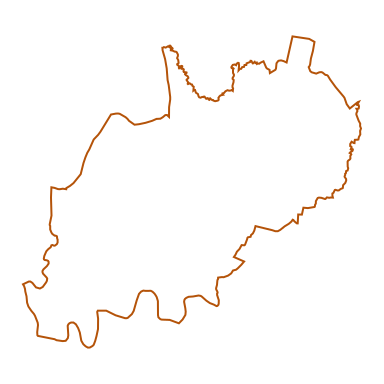 Ba Ria, Bà Rịa - Vũng Tàu, Vietnam (Robinson projection)
{"feature_id": "81297802B66449035371360", "entity_name": "Ba Ria", "entity_type": "district", "adm_level": 2, "iso_a3": "VNM", "parent_name": "Vietnam", "parent_adm1": "Bà Rịa - Vũng Tàu", "projection": "robinson", "projection_center": [107.192, 10.508], "detail": "fine", "context": "isolated", "style": "outline", "palette": "amber", "viewbox_px": 384, "rotation_deg": 0, "n_neighbors": 0, "source": "geoboundaries", "source_scale": "gbopen_adm2", "svg_char_len": 5837}
<svg xmlns="http://www.w3.org/2000/svg" viewBox="0 0 384 384"><path d="M358.9,101.7L357.8,102.1L349.8,108.5L346.7,104.2L344.5,97.9L343.6,96.6L335.7,87.2L330.1,79.5L327.8,75.7L326.9,75.1L325.4,74.9L322.5,72.5L321.2,72.1L319.3,72.3L316.2,73.6L311.7,72.3L310.3,71.2L308.7,67.1L309.5,66.1L310.1,64.5L310.9,58.6L312.9,51.0L314.5,41.9L309.2,38.9L292.5,36.4L286.6,62.5L283.6,61.1L281.1,60.4L278.8,60.7L278.1,61.1L276.5,63.3L276.0,68.5L275.4,69.8L269.9,73.1L269.5,69.8L267.1,68.6L266.2,67.6L263.5,61.3L260.5,62.7L259.2,63.7L257.6,63.5L256.9,64.0L256.7,63.7L257.0,63.2L256.8,62.5L255.4,63.0L254.7,61.8L253.0,63.4L252.7,63.4L251.4,60.9L250.5,60.8L250.1,62.0L246.6,63.3L246.3,65.0L244.5,65.0L244.0,66.9L242.2,67.1L241.2,68.8L240.0,68.8L238.6,70.4L239.1,65.4L238.7,63.0L238.0,62.8L237.4,63.4L236.7,63.6L236.1,65.2L234.6,64.5L232.8,64.9L231.5,66.8L231.4,67.6L231.7,68.1L233.1,68.1L233.6,68.6L233.0,69.6L233.0,72.4L233.2,73.5L233.9,74.4L233.9,75.8L232.6,78.0L232.6,78.9L233.7,80.0L233.5,82.2L232.5,85.6L232.5,87.3L233.1,88.3L232.8,90.9L231.7,90.0L230.8,90.5L229.1,90.7L227.5,90.2L225.4,91.3L224.0,93.0L222.4,93.4L222.3,94.0L223.1,94.8L220.5,95.4L219.4,96.4L218.4,97.9L218.7,99.2L218.5,100.1L217.8,100.6L215.1,101.2L213.2,100.5L213.0,100.0L211.9,99.9L211.3,99.4L210.6,99.3L210.6,98.8L210.1,98.3L209.6,98.6L209.2,99.8L208.7,99.6L207.7,98.1L207.2,98.2L206.5,98.8L206.0,98.7L204.5,96.6L203.8,96.6L203.3,97.1L202.2,96.9L200.6,97.7L199.2,97.3L198.6,96.4L197.9,94.0L195.9,92.7L195.0,89.9L194.4,89.8L193.4,90.6L193.7,86.7L192.4,85.8L192.1,84.6L191.3,84.5L189.7,83.3L188.0,84.1L187.7,83.8L188.1,82.2L186.6,80.1L186.6,79.7L188.3,78.1L188.3,77.3L187.6,76.2L185.8,75.1L185.0,74.2L185.2,73.5L186.4,73.1L186.6,72.8L186.5,72.4L183.8,72.0L183.5,71.3L183.8,69.4L183.1,68.8L181.6,68.8L181.5,68.1L182.3,66.6L182.2,66.1L181.3,65.9L180.9,66.1L179.6,68.2L179.1,68.4L178.9,68.1L178.9,66.0L177.2,64.7L177.2,64.1L178.4,63.3L178.6,62.9L178.2,60.0L177.1,58.1L177.9,56.0L177.9,54.5L176.7,52.2L175.9,51.7L174.6,51.6L172.8,50.7L170.8,50.3L170.9,49.5L172.4,48.9L172.6,48.4L172.1,47.8L170.7,47.8L170.5,47.2L170.9,46.4L170.1,45.6L169.5,45.7L169.3,47.1L168.0,46.3L165.7,47.6L163.9,47.1L162.9,47.8L162.4,47.8L162.6,50.3L165.1,59.1L166.7,68.4L167.6,80.1L168.7,85.1L170.2,97.0L170.2,99.5L169.1,107.1L169.0,116.9L167.0,115.0L165.3,115.1L162.8,117.2L160.4,118.7L156.5,118.9L152.2,120.8L145.6,122.8L139.0,124.2L134.5,124.7L129.0,120.8L127.5,118.9L125.6,117.2L119.7,113.8L118.0,113.5L115.9,113.6L111.0,114.5L100.4,131.8L98.1,134.9L93.7,139.5L89.3,149.4L87.3,152.8L85.4,157.4L83.5,163.0L80.7,174.2L73.5,183.1L70.0,185.9L66.3,188.1L66.2,189.2L62.8,188.7L59.8,189.2L58.0,189.1L54.6,187.9L51.4,187.3L51.0,197.5L51.5,215.6L49.7,224.4L49.8,225.3L50.2,225.9L50.2,229.5L51.4,232.5L52.3,233.9L54.7,235.7L55.8,235.7L56.9,236.3L57.2,238.7L57.6,239.5L57.6,242.5L56.8,244.2L54.9,245.6L54.1,245.7L52.4,245.0L51.4,245.3L50.7,247.2L48.2,249.2L46.3,251.3L44.3,256.0L43.8,258.6L44.0,259.4L44.8,260.0L46.8,260.3L48.1,260.9L48.6,261.8L48.6,263.6L47.0,266.0L43.4,269.4L42.5,271.0L42.5,272.1L43.0,273.6L46.7,277.6L47.2,278.6L46.9,280.8L46.1,282.4L42.7,287.0L39.9,288.5L36.0,287.4L32.4,282.9L30.3,281.5L28.9,281.5L23.0,284.3L24.1,286.1L25.0,288.9L25.3,291.5L26.5,296.3L27.1,302.7L28.4,306.5L31.3,310.8L33.9,313.9L35.0,315.8L37.7,322.7L38.0,325.1L37.2,332.2L37.4,335.3L37.9,335.9L54.6,339.2L56.5,340.2L62.7,341.1L65.7,340.8L67.8,338.2L68.3,335.4L67.7,325.8L68.3,324.4L69.5,323.2L71.2,322.5L73.4,322.5L75.9,324.3L78.1,328.0L79.8,332.5L81.3,340.7L83.3,344.2L85.6,346.3L87.9,347.6L89.9,347.5L92.5,346.0L93.7,344.8L95.2,340.9L96.5,336.1L98.0,329.1L98.1,318.6L97.2,311.9L97.8,310.7L106.3,310.7L115.6,315.3L125.1,318.2L126.6,318.2L127.7,317.9L131.9,314.1L133.7,310.9L136.7,300.4L139.0,293.9L141.1,291.6L143.3,290.6L145.7,290.9L150.8,290.8L152.5,291.7L154.5,293.6L155.8,295.5L156.7,297.1L157.9,301.1L158.0,315.1L158.4,317.3L159.3,318.2L160.4,319.2L161.7,319.6L169.7,319.9L178.9,323.3L182.6,319.5L185.4,314.9L185.7,311.6L185.3,308.2L184.1,301.8L184.4,300.0L185.0,298.9L186.4,297.8L188.6,296.8L193.0,296.5L198.6,295.5L200.7,295.9L201.8,296.6L206.4,300.7L209.9,303.1L213.8,304.6L216.5,306.1L217.4,305.9L218.4,304.8L218.7,303.6L218.8,300.2L217.1,295.0L217.1,293.4L217.6,292.8L217.4,291.7L216.2,289.4L216.1,288.2L217.0,284.9L217.3,281.2L217.5,279.9L218.0,279.2L218.1,277.6L221.7,277.1L223.7,277.2L228.1,275.6L231.2,273.4L233.0,270.5L236.1,269.7L237.8,268.3L241.3,264.8L244.1,261.5L233.9,257.0L235.5,254.7L236.9,251.7L239.5,249.0L241.6,245.1L244.3,245.3L245.0,244.8L247.1,239.3L247.4,237.9L247.9,237.3L250.6,236.8L251.0,235.1L252.9,233.4L254.3,230.6L255.5,226.1L272.3,230.2L275.3,231.2L277.8,231.2L280.2,229.9L284.7,226.3L288.8,223.8L291.4,221.6L292.7,219.7L293.4,220.0L294.0,220.9L295.6,222.4L296.9,223.4L297.7,223.4L298.2,214.5L301.9,214.6L303.4,207.7L307.9,208.1L314.4,207.0L314.8,206.7L315.1,204.7L315.8,203.6L315.9,201.1L317.7,198.0L318.9,197.6L321.3,197.8L325.0,199.0L325.5,198.9L326.9,197.4L329.2,197.8L330.8,197.5L332.9,197.6L332.4,195.6L332.4,193.5L333.4,192.9L334.8,190.0L335.4,189.8L337.6,190.5L338.8,190.4L340.8,188.9L342.7,188.2L342.9,187.5L343.1,185.2L345.3,182.9L346.2,180.5L346.1,179.0L344.6,176.8L344.6,176.3L345.2,174.9L345.1,173.8L345.9,173.1L346.1,171.1L347.6,170.5L348.2,168.2L347.7,166.7L347.6,161.6L348.1,160.7L349.9,159.4L350.4,158.6L350.3,155.9L351.3,154.4L350.9,153.7L349.7,153.0L350.3,152.3L352.4,151.0L352.9,149.8L352.6,149.1L352.0,149.1L351.2,149.7L350.7,149.4L351.6,147.2L351.4,146.7L350.2,146.1L350.2,144.0L351.6,141.7L353.7,143.0L354.5,143.1L354.7,140.2L354.9,139.8L357.8,139.7L358.4,139.5L358.9,137.0L360.3,134.5L360.1,130.9L361.0,128.5L360.1,126.1L360.2,123.6L358.6,120.6L356.4,114.7L356.3,114.0L356.6,112.7L357.4,111.2L357.3,110.3L356.5,108.8L358.1,108.8L358.7,108.5L359.0,106.3L358.6,105.1L357.1,105.0L356.8,104.3L358.1,103.1L358.9,101.7Z" fill="none" stroke="#b45309" stroke-width="2"/></svg>